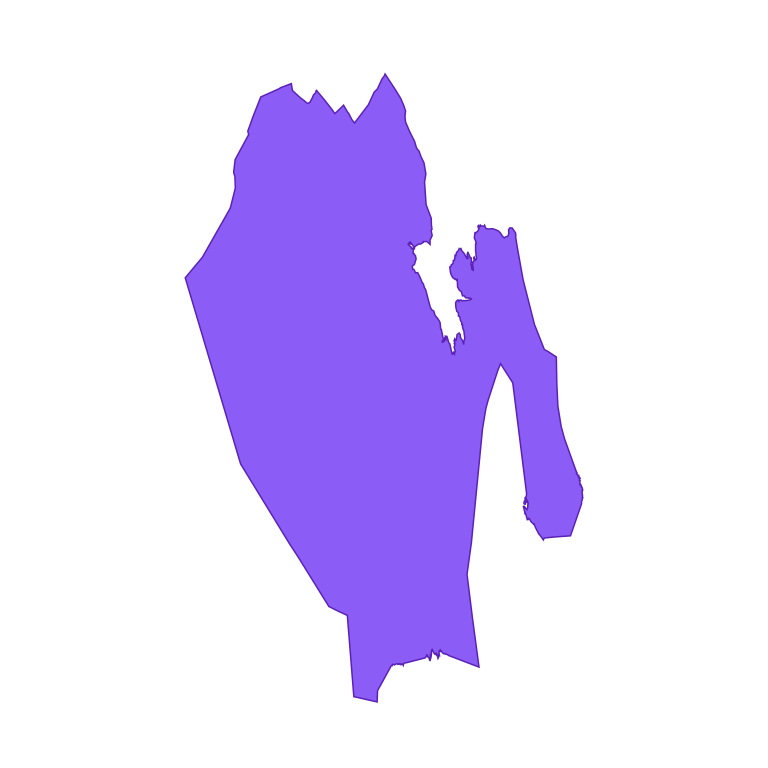 Sørreisa nor, Troms, Norway (Robinson projection), rotated 80°
{"feature_id": "86288312B8991276694955", "entity_name": "Sørreisa nor", "entity_type": "district", "adm_level": 2, "iso_a3": "NOR", "parent_name": "Norway", "parent_adm1": "Troms", "projection": "robinson", "projection_center": [18.288, 69.101], "detail": "fine", "context": "isolated", "style": "filled", "palette": "violet", "viewbox_px": 768, "rotation_deg": 80, "n_neighbors": 0, "source": "geoboundaries", "source_scale": "gbopen_adm2", "svg_char_len": 6122}
<svg xmlns="http://www.w3.org/2000/svg" viewBox="0 0 768 768"><g transform="rotate(80 384 384)"><path d="M257.9,228.3L252.6,230.7L252.1,232.9L253.6,234.5L257.4,235.0L259.7,236.1L260.5,239.3L261.0,240.1L258.8,241.9L257.8,242.1L255.3,243.2L253.2,244.7L251.3,247.5L249.9,250.1L249.5,254.1L248.7,256.4L246.9,257.2L245.7,257.2L245.1,257.4L246.1,258.2L245.0,261.1L244.2,261.4L244.3,261.8L245.4,261.8L246.0,263.0L244.3,263.4L244.8,264.1L246.8,264.0L247.8,263.5L250.1,265.5L250.8,267.4L251.4,267.7L251.0,268.2L255.9,269.7L258.1,269.1L261.6,268.7L262.0,269.5L268.9,270.7L272.3,270.8L273.9,271.2L275.2,270.9L276.9,271.2L277.9,272.4L277.3,272.7L274.7,273.2L275.4,273.9L277.2,273.7L278.3,273.9L279.4,275.4L280.6,275.5L281.7,276.2L285.1,276.0L286.5,276.1L287.5,276.5L286.3,277.6L283.1,277.4L281.3,277.7L279.0,276.7L275.0,276.2L274.8,277.0L268.4,278.6L269.3,278.8L271.0,279.7L272.9,279.7L273.2,279.3L274.3,279.5L275.1,279.9L274.7,280.6L269.4,282.4L266.0,284.4L263.9,284.7L264.4,286.5L264.0,286.6L265.7,287.7L266.2,288.7L267.1,289.7L269.8,290.9L269.4,291.2L269.4,291.6L274.3,293.1L274.5,294.4L276.5,294.7L277.8,295.8L278.2,297.0L279.3,297.3L280.2,298.9L285.4,299.2L288.4,298.8L291.1,297.9L293.0,296.2L292.8,295.4L294.3,294.7L293.8,293.7L301.2,294.7L305.0,293.4L306.2,291.9L310.8,291.4L311.1,289.7L313.3,288.6L313.6,286.5L314.2,286.1L314.3,284.4L315.2,283.1L315.7,283.5L316.2,285.5L316.0,290.1L315.6,291.2L315.9,292.5L314.6,293.6L314.9,295.6L313.8,296.1L315.4,296.2L314.2,297.0L315.2,298.6L317.1,299.5L320.9,299.9L325.0,299.7L326.8,298.4L330.0,298.9L330.7,297.8L334.8,297.6L337.3,296.7L339.0,297.2L339.7,296.3L341.4,296.8L344.4,296.5L344.9,296.1L352.9,296.5L356.8,298.3L359.0,298.6L355.0,299.1L351.6,300.6L348.8,300.3L346.8,301.2L347.9,303.4L353.5,305.3L353.5,306.0L351.9,306.5L353.5,307.5L355.9,307.0L356.2,307.8L358.4,307.5L359.5,308.5L364.7,308.2L364.9,309.1L366.6,309.4L365.0,310.2L366.3,310.8L366.3,311.8L355.9,312.2L355.1,312.9L348.0,313.8L347.5,315.3L350.9,315.3L349.5,316.3L351.5,316.9L352.8,317.9L352.9,319.3L351.8,319.3L351.7,318.0L350.1,317.8L342.2,318.0L340.3,318.1L339.5,318.6L333.4,318.1L331.3,318.7L328.5,319.9L325.3,321.8L320.9,322.3L319.1,324.2L316.3,325.1L298.3,326.6L296.3,327.4L292.2,327.9L290.6,328.8L285.0,330.0L280.1,331.5L280.0,333.6L276.2,334.7L276.0,335.9L272.7,335.6L271.6,333.3L266.5,330.7L262.9,330.7L261.7,331.9L260.8,331.8L260.4,332.7L256.4,331.7L255.0,333.5L254.2,333.3L250.6,336.0L249.7,335.4L250.7,333.6L248.8,334.0L248.6,333.6L252.4,331.5L253.9,331.2L255.5,331.6L256.1,330.6L254.1,329.9L252.3,325.9L252.5,323.6L251.4,320.7L250.5,320.7L251.2,317.0L254.5,314.4L250.4,313.7L246.2,310.8L240.7,310.9L240.0,309.9L235.0,309.6L228.9,308.7L214.7,311.4L192.2,309.0L184.4,306.3L173.2,306.2L166.4,308.1L160.6,309.1L158.8,310.3L156.4,311.1L150.6,311.7L139.5,315.0L129.7,317.3L124.2,316.9L119.0,315.4L113.5,316.1L105.5,318.0L96.4,321.6L78.9,329.1L80.5,330.1L83.4,333.1L92.2,339.2L94.9,343.0L106.3,350.9L121.8,367.7L118.1,369.7L111.1,371.9L110.3,372.5L102.4,375.4L108.0,383.6L109.1,385.5L104.4,387.7L93.5,393.5L83.1,399.5L83.3,399.9L85.3,400.7L86.9,403.1L89.7,404.9L93.7,408.0L94.4,410.0L94.0,411.0L91.1,413.4L88.4,416.0L83.2,420.1L79.0,423.2L72.1,423.1L74.2,434.3L75.1,436.3L79.9,455.5L97.0,466.0L111.3,474.2L114.9,474.0L137.1,491.6L148.7,495.1L149.8,495.3L153.9,494.8L165.2,496.4L183.4,504.5L185.4,505.9L227.6,540.8L244.9,561.3L437.8,539.1L525.2,504.7L538.7,498.9L593.6,476.9L600.4,467.7L605.5,460.3L686.7,468.0L695.9,446.0L684.9,443.6L662.9,425.9L662.3,425.0L662.6,424.7L661.9,424.4L661.5,423.9L662.5,422.3L662.0,421.5L661.7,420.5L662.1,419.4L662.4,419.1L662.2,418.5L662.5,418.4L662.7,417.9L662.3,417.7L662.2,417.2L662.8,416.6L662.6,416.3L663.4,416.0L662.9,414.8L663.6,414.2L664.5,413.9L662.7,413.1L662.5,412.7L662.3,412.1L662.4,410.6L660.9,391.1L659.8,390.0L659.8,389.3L657.6,388.9L661.0,387.9L661.6,387.1L663.8,387.1L664.3,386.7L664.0,386.4L662.5,386.0L662.4,385.7L660.9,385.9L659.1,385.3L657.7,385.2L659.6,385.0L660.1,384.8L657.6,384.0L656.4,384.0L654.3,383.2L653.7,382.7L654.0,382.4L655.9,382.2L658.1,381.3L659.2,380.6L659.3,380.2L658.2,379.4L658.8,379.0L660.2,379.1L660.0,378.8L660.3,378.5L661.1,378.3L661.8,378.2L662.9,378.6L663.6,378.5L663.2,378.2L663.6,378.1L662.7,378.0L661.4,376.9L660.3,376.8L660.6,376.5L658.4,376.6L657.5,376.3L657.4,376.0L656.6,376.1L656.2,375.9L655.9,375.2L656.7,374.8L656.3,374.6L657.0,374.4L657.0,373.8L658.6,373.3L660.0,372.0L659.9,371.4L660.5,370.8L660.4,370.4L660.8,370.2L661.0,369.2L661.6,368.8L661.7,368.4L662.3,367.5L662.6,367.5L679.3,339.6L629.2,337.5L585.9,335.3L555.5,325.5L444.7,294.6L425.8,287.9L417.9,284.2L390.1,269.4L384.3,265.7L405.2,257.0L516.6,262.6L519.1,263.3L519.9,264.0L522.2,263.7L523.3,263.8L523.5,264.2L522.1,264.2L521.3,264.5L521.0,264.9L523.1,265.2L523.6,265.5L523.6,266.0L524.0,266.3L525.6,266.9L526.6,266.7L526.6,266.0L527.4,265.6L526.7,265.6L524.6,264.7L525.0,264.4L524.6,263.8L525.3,263.4L524.6,263.0L525.8,262.7L527.2,262.8L527.5,263.0L527.4,263.2L530.4,263.9L531.3,264.4L531.6,264.8L532.5,264.9L531.7,265.8L529.5,266.6L528.7,267.3L528.8,268.0L533.8,267.7L534.4,267.4L535.1,267.5L535.5,267.9L536.0,267.7L535.7,267.5L536.0,267.3L537.4,266.9L542.5,266.5L542.5,266.3L541.9,265.8L542.0,265.6L541.7,265.4L542.1,265.3L541.9,265.1L542.2,264.6L542.0,264.2L545.0,263.2L545.6,262.7L546.1,262.5L546.3,262.0L548.1,261.1L547.9,260.5L551.8,259.7L558.2,257.7L558.6,257.3L559.1,257.3L559.1,257.1L565.2,254.1L563.5,253.0L564.2,243.4L565.9,226.7L536.2,210.2L534.1,209.9L532.3,208.8L530.7,208.5L530.7,208.1L530.4,207.9L529.3,208.1L527.9,207.8L526.1,207.9L522.9,207.1L522.9,206.7L520.3,206.9L519.8,207.5L519.1,207.2L517.7,207.6L518.1,207.9L518.0,208.1L516.5,208.2L516.6,208.5L513.6,207.9L513.1,208.2L512.8,207.7L512.3,208.1L511.6,208.1L511.7,207.9L511.2,207.9L511.1,207.6L509.8,207.9L509.9,207.7L509.1,208.1L509.2,208.7L508.5,208.5L508.4,208.2L507.8,208.1L507.6,208.4L507.7,208.9L506.6,209.2L506.2,210.0L505.4,210.0L505.3,209.5L504.8,209.3L503.8,209.8L469.5,215.7L456.7,216.9L435.9,216.6L413.4,213.7L387.3,209.6L380.5,216.8L377.9,220.1L351.4,225.5L305.3,228.9L272.5,229.0L261.9,228.8L260.5,228.3L257.9,228.3Z" fill="#8b5cf6" stroke="#5b21b6" stroke-width="1.5"/></g></svg>